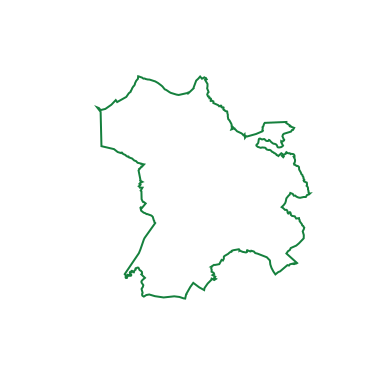 Tototlán, Jalisco, Mexico (Albers equal-area conic projection), rotated 37°
{"feature_id": "50627088B76756657646765", "entity_name": "Tototlán", "entity_type": "district", "adm_level": 2, "iso_a3": "MEX", "parent_name": "Mexico", "parent_adm1": "Jalisco", "projection": "albers", "projection_center": [-102.723, 20.538], "detail": "fine", "context": "isolated", "style": "outline", "palette": "green", "viewbox_px": 384, "rotation_deg": 37, "n_neighbors": 0, "source": "geoboundaries", "source_scale": "gbopen_adm2", "svg_char_len": 6076}
<svg xmlns="http://www.w3.org/2000/svg" viewBox="0 0 384 384"><g transform="rotate(37 192 192)"><path d="M287.1,122.3L286.7,122.7L286.1,122.7L285.5,122.0L285.1,122.0L284.1,120.8L283.1,120.2L282.3,119.0L280.7,118.1L279.8,118.1L279.5,117.0L278.0,115.4L275.3,116.1L274.9,116.0L274.2,115.6L274.4,114.7L272.9,114.1L272.1,113.1L270.8,112.7L270.0,112.0L268.6,111.9L267.1,110.9L264.1,109.6L262.6,107.9L262.1,107.6L260.7,107.6L259.8,108.3L258.6,108.2L257.1,108.6L256.7,107.7L256.3,107.7L256.2,106.5L255.5,105.0L254.6,104.0L252.1,102.7L252.7,102.2L251.8,101.1L250.7,100.7L249.8,100.9L248.6,101.6L247.9,102.1L247.8,102.4L246.7,102.2L246.1,102.8L245.1,103.3L243.4,103.4L243.5,105.0L243.8,105.0L243.0,107.0L243.1,108.3L243.9,108.4L243.9,109.3L242.0,109.0L242.2,107.2L240.0,107.3L239.3,111.3L238.2,111.2L237.4,111.6L236.7,111.2L234.9,111.2L234.2,111.5L233.3,111.3L232.0,111.7L230.1,111.4L228.7,111.6L228.0,112.3L226.3,113.0L225.4,113.0L224.4,112.6L223.6,112.7L221.2,114.2L220.4,115.3L219.6,115.6L217.2,116.4L215.5,116.2L215.1,115.4L215.4,113.8L215.3,112.8L213.7,109.8L213.6,109.1L214.1,108.4L216.3,107.9L217.7,106.3L218.5,106.2L219.9,106.5L220.8,106.3L222.0,105.6L222.2,105.1L222.1,104.1L222.6,103.9L224.9,104.4L227.0,104.5L227.9,104.4L229.2,103.7L230.5,103.4L231.6,103.6L233.3,104.6L233.8,104.6L234.8,104.0L236.1,102.6L236.6,101.5L236.8,100.2L233.3,98.6L232.7,97.7L233.7,97.6L234.0,97.2L234.0,96.5L234.5,95.4L234.2,94.9L233.8,95.1L233.6,94.7L230.7,93.1L230.1,91.4L230.4,90.1L234.7,84.2L234.6,82.3L235.3,81.6L235.0,79.3L230.7,80.6L230.6,79.9L225.7,80.2L225.2,79.3L208.5,93.0L208.6,94.5L209.4,96.6L209.3,97.8L209.9,98.1L210.9,100.1L211.6,100.2L211.8,101.0L208.2,107.2L202.6,114.5L201.7,114.8L201.7,116.8L199.4,114.4L199.4,115.7L198.9,115.8L197.9,115.4L196.1,115.4L191.4,116.4L188.7,115.9L188.3,116.1L187.6,115.6L186.9,115.8L186.5,117.3L185.8,118.3L185.3,116.4L185.3,115.5L184.1,115.3L184.0,115.5L183.0,114.3L182.2,113.8L178.9,112.3L177.0,111.9L174.9,109.9L174.2,108.8L172.7,107.7L172.0,106.8L171.4,106.5L170.0,107.3L168.6,107.0L168.0,107.3L167.4,107.2L167.0,106.8L166.6,105.7L166.3,105.5L165.7,105.7L164.9,106.5L164.1,106.4L163.4,105.5L163.0,105.7L162.1,107.2L160.6,106.9L155.5,108.1L154.6,106.8L153.1,107.0L152.3,108.0L152.0,108.0L151.7,106.9L151.1,106.2L150.7,106.1L149.6,106.7L149.1,105.9L148.1,106.1L147.8,105.6L147.0,105.9L145.5,105.0L145.0,103.4L145.1,102.2L141.7,100.1L140.9,98.5L139.4,96.4L135.0,94.6L135.9,93.2L134.3,92.6L133.3,93.2L132.8,93.1L131.8,95.5L129.0,94.9L128.8,97.8L128.3,100.5L130.5,107.8L130.9,108.1L129.8,114.6L129.2,114.7L129.4,115.9L128.5,116.0L123.0,122.5L121.1,123.5L115.4,125.6L114.0,125.8L110.1,126.0L108.4,126.4L104.9,125.5L103.3,125.4L99.3,125.4L96.1,125.8L90.4,127.8L89.1,128.7L86.9,129.7L86.0,129.8L84.9,130.7L83.2,130.7L79.4,132.0L80.7,134.2L80.5,136.7L81.1,139.6L81.6,140.5L81.8,141.8L81.6,143.0L81.8,145.3L82.2,146.5L82.3,148.1L82.7,148.7L82.1,151.2L82.3,155.6L78.1,165.2L75.8,164.5L75.1,170.8L72.8,177.8L69.7,181.6L67.2,181.0L65.3,181.5L70.8,183.0L92.1,209.9L103.9,204.7L108.6,204.8L111.7,203.7L111.6,203.4L112.3,202.7L114.2,203.1L116.6,202.5L117.3,202.7L119.2,202.6L119.6,202.0L120.1,201.9L120.8,202.3L124.0,201.3L126.9,201.6L128.8,201.0L130.9,201.4L134.4,199.9L134.5,200.1L137.1,198.8L136.9,200.8L136.3,202.0L136.7,202.2L136.0,205.0L136.3,205.0L136.3,206.9L143.8,213.6L143.6,213.9L143.7,214.1L146.1,213.8L145.6,214.5L145.8,214.7L145.2,215.7L145.1,217.1L146.4,217.0L146.6,217.8L146.1,219.4L146.9,219.4L147.7,219.9L149.8,218.4L150.2,221.8L151.2,221.9L156.1,228.1L158.6,229.4L159.1,229.4L159.4,229.0L161.9,229.0L161.6,235.2L160.4,235.0L160.3,235.6L162.6,237.5L165.8,237.6L167.3,237.1L169.0,237.0L169.4,236.6L173.5,235.3L174.7,235.3L175.7,235.5L178.5,237.6L179.2,237.8L179.9,238.6L181.3,238.9L181.8,257.2L182.1,258.8L185.4,269.0L186.4,272.8L187.7,298.1L189.2,298.4L190.5,300.3L191.1,300.4L191.7,299.8L191.4,299.2L191.4,297.7L190.5,297.5L190.3,296.9L191.1,296.5L191.4,296.7L192.1,296.2L192.5,296.5L193.0,296.2L193.6,295.6L193.6,295.1L193.0,294.4L192.5,294.4L191.8,294.8L191.5,294.0L190.8,293.7L190.7,293.2L191.7,292.4L191.7,292.0L191.2,291.5L191.4,291.1L192.0,291.0L193.3,291.5L193.9,291.1L193.4,290.1L193.4,288.8L193.7,287.9L193.0,287.3L192.9,286.8L193.5,286.2L193.8,285.3L194.8,284.7L197.2,285.9L198.6,285.7L200.1,286.0L201.3,287.3L201.1,288.3L206.1,288.9L205.4,292.0L205.4,293.8L206.2,294.7L209.2,295.7L209.9,297.5L210.0,299.5L210.2,299.9L213.3,302.3L213.5,303.4L214.2,304.3L215.0,304.7L216.5,304.5L217.5,301.8L219.5,299.6L225.1,297.5L232.8,293.3L240.6,286.0L245.1,283.4L249.3,282.0L250.7,281.2L248.9,277.3L249.1,276.8L248.8,276.5L247.8,268.9L247.7,263.8L255.2,263.8L260.7,263.0L259.8,261.1L259.6,255.7L260.3,250.7L259.8,249.4L262.7,248.9L263.4,247.0L261.4,247.3L261.5,245.6L258.4,246.0L259.1,244.2L257.8,243.5L255.6,243.9L254.5,242.2L253.5,241.7L252.7,239.9L252.3,240.1L253.4,237.0L254.3,236.4L257.2,233.2L256.5,228.4L257.9,228.1L257.6,226.2L256.4,224.5L256.4,223.7L258.1,219.6L258.5,217.4L259.5,216.0L259.5,215.5L259.1,215.1L260.0,213.7L263.9,209.5L264.6,209.6L265.2,210.4L265.3,210.1L268.5,209.3L271.5,207.8L272.0,206.7L271.1,205.6L271.1,205.3L274.3,204.4L274.6,204.2L274.6,203.3L277.2,202.3L279.3,202.7L281.4,201.8L291.0,199.1L295.4,199.8L298.1,202.7L301.2,204.8L304.8,206.5L308.2,207.6L309.1,204.0L310.1,202.4L312.2,193.0L313.7,192.4L313.7,191.0L314.2,190.2L316.2,187.8L316.5,188.4L317.1,188.0L317.4,187.3L318.0,186.8L318.6,185.8L318.7,185.5L304.4,184.3L304.3,181.5L305.0,179.5L304.6,177.3L307.5,172.1L308.3,168.7L309.1,161.8L307.2,159.1L304.1,156.8L303.7,154.5L303.1,152.9L301.9,152.6L301.3,152.2L300.1,152.3L299.2,151.6L295.5,150.5L295.0,149.7L294.1,149.4L293.2,148.5L291.2,150.5L288.7,149.6L286.3,150.9L284.8,150.8L283.6,149.6L282.7,149.1L282.2,149.3L281.9,149.9L282.1,151.1L281.6,151.3L280.7,150.9L279.8,149.9L278.8,149.4L278.0,149.5L277.1,150.3L274.4,150.0L272.7,150.1L273.1,147.4L273.1,144.8L272.6,143.2L271.2,140.3L271.3,136.9L271.6,135.3L271.1,133.6L273.6,132.9L275.5,133.7L276.7,132.7L278.1,132.9L280.2,132.4L281.8,131.6L284.2,128.8L285.9,127.5L285.7,125.2L286.9,123.5L287.1,122.3Z" fill="none" stroke="#15803d" stroke-width="2"/></g></svg>